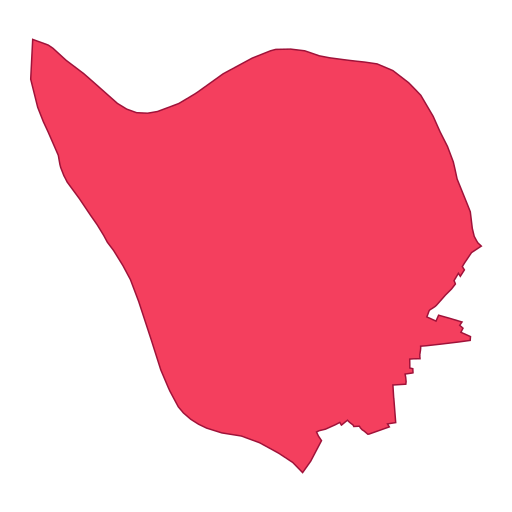 the district of Long Bien, Ha Noi, Vietnam
{"feature_id": "81297802B92281690814663", "entity_name": "Long Bien", "entity_type": "district", "adm_level": 2, "iso_a3": "VNM", "parent_name": "Vietnam", "parent_adm1": "Ha Noi", "projection": "orthographic", "projection_center": [105.905, 21.038], "detail": "fine", "context": "isolated", "style": "filled", "palette": "rose", "viewbox_px": 512, "rotation_deg": 0, "n_neighbors": 0, "source": "geoboundaries", "source_scale": "gbopen_adm2", "svg_char_len": 2279}
<svg xmlns="http://www.w3.org/2000/svg" viewBox="0 0 512 512"><path d="M101.8,232.3L103.8,235.6L107.4,242.3L113.6,250.5L123.0,265.7L128.5,276.0L130.4,279.5L138.7,301.5L151.5,340.6L160.8,369.9L168.4,387.8L169.9,391.1L178.3,406.8L183.4,412.9L190.8,419.3L198.5,424.2L206.6,428.1L221.8,432.9L241.3,436.0L259.5,442.7L278.5,453.1L292.8,462.5L302.6,472.6L310.7,461.2L321.5,440.6L320.6,439.3L318.4,436.0L316.5,432.0L319.1,430.7L325.4,429.2L335.4,424.7L339.8,422.4L341.4,425.1L341.6,425.0L345.7,421.6L346.5,421.0L347.5,420.2L348.9,421.7L350.9,423.4L351.5,423.8L351.7,424.0L352.3,424.4L352.5,424.6L353.2,425.2L353.8,426.5L359.4,426.2L360.4,427.9L362.2,429.8L364.2,431.1L366.3,432.9L367.8,434.2L369.0,434.1L389.3,426.9L387.5,423.9L395.7,422.6L393.8,398.2L393.7,398.0L392.9,385.0L405.8,384.2L406.1,381.7L405.7,377.3L405.1,374.1L406.1,373.9L412.3,373.0L413.0,372.8L412.8,368.7L409.8,368.0L409.8,364.0L409.7,359.1L413.5,358.8L420.0,358.7L420.0,358.1L419.9,357.3L419.8,356.5L419.9,355.7L419.8,355.2L419.8,354.8L419.8,354.2L420.0,353.5L420.1,352.7L420.2,351.9L420.4,350.9L420.5,350.0L420.6,349.0L420.7,347.8L420.6,346.6L420.6,346.2L426.7,345.7L441.8,344.0L459.3,341.9L470.2,340.4L470.5,336.6L460.9,332.3L463.0,328.2L459.7,325.3L462.0,322.0L449.3,318.2L438.6,315.2L436.0,321.1L426.8,316.9L427.8,314.4L428.8,311.6L429.3,310.5L430.1,309.7L431.9,308.6L433.6,307.5L435.2,306.4L436.4,305.3L442.1,298.9L445.3,295.2L446.6,293.9L451.6,288.9L455.4,284.0L454.8,282.3L454.0,280.7L458.4,273.3L460.3,276.3L464.4,269.9L462.3,266.6L464.5,263.0L471.5,252.6L481.3,246.1L477.9,242.9L476.6,240.8L474.2,236.3L472.3,228.4L470.3,211.8L467.5,204.7L457.1,179.0L454.9,168.8L453.3,161.9L447.5,146.5L440.1,131.9L433.2,116.4L420.8,95.3L414.2,88.4L408.6,82.7L392.9,70.6L377.1,63.9L364.8,62.1L358.4,61.4L357.3,61.3L349.5,60.4L342.4,59.5L340.2,59.2L329.6,57.8L319.2,55.8L310.3,52.7L304.7,50.8L290.6,49.1L275.7,49.4L270.5,50.8L252.2,58.1L223.3,73.7L221.6,74.9L197.6,92.1L194.9,93.9L178.8,103.5L157.5,111.5L147.6,113.2L136.6,112.7L126.7,109.1L117.4,103.4L94.4,83.0L83.8,73.7L66.1,60.3L53.0,48.3L48.3,45.1L32.7,39.4L30.7,79.2L37.7,107.3L43.4,121.8L48.1,131.9L58.3,155.3L59.9,164.4L60.7,167.5L63.9,175.7L65.4,178.5L67.2,182.1L79.2,198.4L90.7,215.5L97.2,224.8L101.8,232.3Z" fill="#f43f5e" stroke="#9f1239" stroke-width="1.5"/></svg>